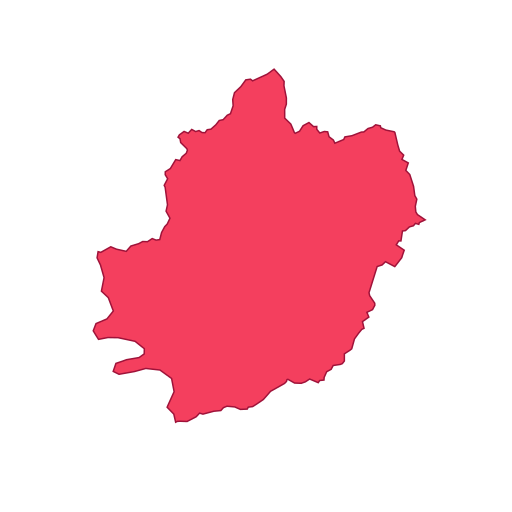 Río Grande, Puerto Rico (Robinson projection), rotated 216°
{"feature_id": "32010507B30311265398207", "entity_name": "Río Grande", "entity_type": "district", "adm_level": 2, "iso_a3": "PRI", "parent_name": "Puerto Rico", "parent_adm1": "", "projection": "robinson", "projection_center": [-65.81, 18.348], "detail": "fine", "context": "isolated", "style": "filled", "palette": "rose", "viewbox_px": 512, "rotation_deg": 216, "n_neighbors": 0, "source": "geoboundaries", "source_scale": "gbopen_adm2", "svg_char_len": 2789}
<svg xmlns="http://www.w3.org/2000/svg" viewBox="0 0 512 512"><g transform="rotate(216 256 256)"><path d="M367.8,392.5L367.8,384.1L369.4,375.5L366.8,368.9L362.8,364.1L360.3,356.1L362.0,353.0L362.7,347.0L365.4,344.0L365.6,338.6L367.0,332.1L369.7,329.5L369.7,325.8L372.3,324.1L375.8,324.0L378.0,321.2L382.4,320.6L383.0,315.5L387.4,314.5L389.2,309.0L388.9,306.3L386.4,306.2L383.6,303.5L375.1,302.2L373.7,301.3L372.8,298.1L374.1,292.9L373.6,288.5L377.6,286.8L376.7,276.4L378.9,270.8L377.2,268.4L372.9,266.6L371.8,259.2L369.9,258.2L357.7,245.4L355.1,239.4L347.8,236.0L346.6,229.7L347.1,226.1L346.2,219.5L343.5,212.7L346.2,210.1L350.2,209.1L352.2,203.8L356.2,201.1L358.1,197.1L363.1,190.5L363.7,183.5L372.9,179.5L378.9,178.1L383.7,167.7L386.3,166.7L383.5,161.1L376.5,157.3L374.9,156.0L373.7,155.1L366.2,149.2L362.3,140.8L360.4,136.7L356.4,136.2L351.0,135.5L341.0,128.9L339.1,127.7L339.6,117.5L345.7,107.3L343.7,99.8L338.9,97.8L334.4,96.0L327.9,103.0L322.9,106.5L319.5,108.9L316.1,110.4L303.7,115.9L295.0,115.5L291.9,115.4L288.9,111.1L290.9,105.1L299.8,96.0L301.8,93.0L306.2,86.8L303.7,78.7L298.5,79.6L297.3,79.8L286.4,91.1L279.6,99.6L279.0,100.3L275.1,102.5L266.7,107.3L264.7,107.3L252.3,107.3L242.5,98.1L239.3,82.7L239.0,81.4L229.6,79.8L223.3,74.3L222.5,75.9L220.6,77.5L214.5,81.6L209.9,90.8L209.3,95.7L206.0,96.9L198.8,105.7L193.6,110.3L193.2,114.2L191.2,117.4L184.5,121.4L178.5,122.7L173.1,127.0L173.4,129.2L170.2,132.2L168.5,136.5L165.7,144.3L164.7,155.1L158.0,169.7L157.6,172.4L158.3,174.2L157.7,175.0L150.1,175.9L144.6,179.6L142.1,183.2L140.3,188.0L131.2,190.1L131.3,192.7L128.1,195.6L129.5,197.8L130.8,203.9L128.6,208.5L129.2,212.8L124.0,217.9L122.9,219.7L122.8,223.0L127.0,228.8L124.6,235.0L124.0,237.2L127.6,246.8L127.6,254.1L127.3,258.8L126.1,261.0L131.3,265.5L128.8,272.9L133.2,275.6L130.2,281.1L130.9,286.0L132.2,287.6L140.7,290.7L143.0,292.7L151.8,318.7L148.7,322.9L147.9,327.5L137.5,329.0L137.4,330.4L137.1,340.3L138.0,342.9L139.5,347.8L149.1,347.5L149.4,352.1L147.6,353.4L152.2,362.3L150.0,364.4L149.0,369.7L146.4,373.0L146.2,376.1L142.9,377.3L143.5,379.1L140.4,384.7L149.7,384.4L152.6,385.6L156.3,389.8L159.3,396.5L163.0,398.2L169.5,405.0L179.5,412.3L185.1,413.3L187.5,420.8L194.7,419.9L195.8,424.4L201.4,425.2L206.6,429.2L216.3,437.6L217.3,437.7L225.0,434.2L230.5,433.1L231.9,434.4L236.3,432.5L237.4,428.7L240.3,425.0L241.7,419.7L243.6,418.2L249.1,409.7L254.1,404.6L253.5,401.8L258.5,393.6L261.6,395.3L267.0,395.4L271.0,398.6L273.9,396.9L276.7,393.0L281.3,394.2L283.0,396.5L285.5,394.5L291.6,395.1L294.5,389.1L294.1,382.5L296.4,378.3L297.7,378.5L301.7,381.0L305.4,383.2L313.8,384.4L319.0,391.5L320.7,396.7L324.3,401.7L333.4,410.1L335.9,413.8L341.3,415.7L351.2,417.8L353.8,409.7L361.7,395.7L364.4,395.8L367.8,392.5Z" fill="#f43f5e" stroke="#9f1239" stroke-width="1.5"/></g></svg>